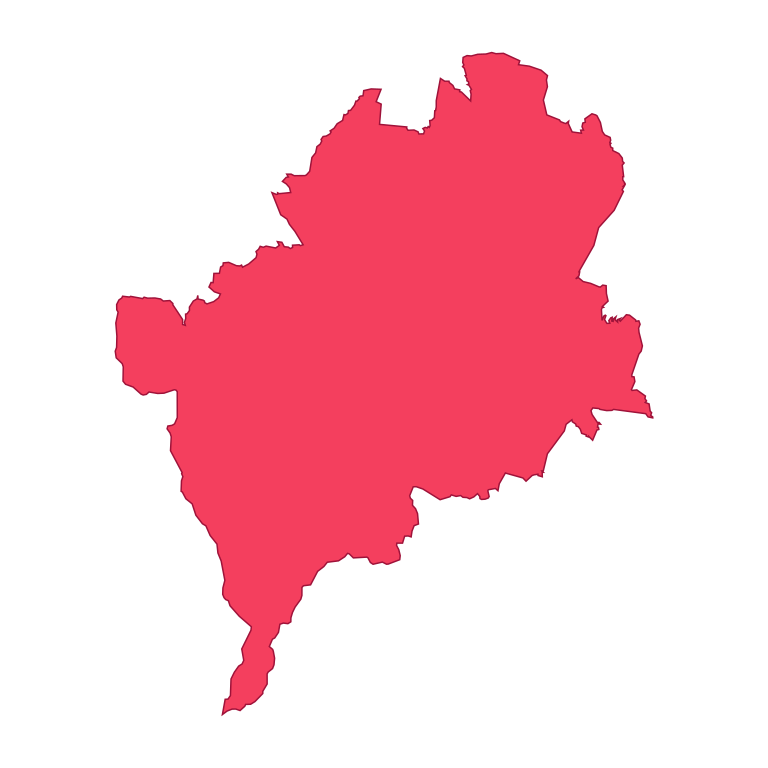 Zapotlanejo, Jalisco, Mexico, rotated 271°
{"feature_id": "50627088B58634544896561", "entity_name": "Zapotlanejo", "entity_type": "district", "adm_level": 2, "iso_a3": "MEX", "parent_name": "Mexico", "parent_adm1": "Jalisco", "projection": "mercator", "projection_center": [-103.045, 20.64], "detail": "fine", "context": "isolated", "style": "filled", "palette": "rose", "viewbox_px": 768, "rotation_deg": 271, "n_neighbors": 0, "source": "geoboundaries", "source_scale": "gbopen_adm2", "svg_char_len": 6150}
<svg xmlns="http://www.w3.org/2000/svg" viewBox="0 0 768 768"><g transform="rotate(271 384 384)"><path d="M467.2,121.1L465.4,120.3L463.4,117.5L458.8,115.3L453.5,115.5L451.2,116.9L440.3,114.8L427.1,116.1L415.9,116.0L412.1,114.7L405.5,115.8L399.8,121.9L396.6,123.0L382.3,123.0L379.2,125.6L376.6,133.2L369.6,141.3L368.8,143.4L369.5,146.6L371.9,149.2L370.6,157.9L371.0,164.2L374.6,174.4L374.3,176.1L372.8,177.4L346.8,177.9L340.5,175.3L339.0,172.9L338.2,168.6L335.4,167.9L331.2,171.0L327.5,172.2L313.6,171.7L291.9,183.7L290.9,183.2L287.9,184.5L283.7,183.2L273.2,183.0L272.4,184.3L265.8,187.9L260.8,194.3L249.5,198.2L241.1,204.9L239.1,208.4L229.5,212.8L221.0,219.8L212.1,220.9L204.2,224.3L184.9,228.3L177.3,226.5L170.9,226.4L167.6,227.8L165.7,229.5L164.6,232.2L159.6,233.9L149.3,243.3L139.0,255.6L135.5,255.3L116.6,246.4L105.2,248.6L101.6,247.0L99.4,243.6L93.2,239.4L86.4,236.2L69.8,235.9L66.2,233.5L66.0,230.7L50.7,228.2L54.3,232.9L56.3,237.8L56.4,241.5L55.0,245.8L59.4,250.5L61.2,251.2L61.5,256.3L64.2,260.5L72.4,268.2L74.7,268.2L82.0,272.4L92.1,272.2L94.0,273.2L97.5,277.5L101.3,278.9L107.9,279.4L114.8,278.0L116.7,277.3L119.5,273.9L126.9,276.9L128.2,279.2L133.8,282.8L142.0,284.1L143.2,287.6L142.7,292.1L144.6,295.0L148.6,295.0L154.0,296.5L159.4,299.0L167.4,304.6L171.2,305.6L179.2,305.5L180.9,307.0L181.9,314.1L195.5,320.9L200.5,327.1L204.8,330.4L206.4,341.6L210.6,347.8L214.0,350.5L213.6,352.2L209.6,356.4L210.6,369.8L210.1,370.9L205.3,373.5L203.6,376.2L205.9,385.5L203.9,389.6L204.0,391.3L208.6,402.8L212.7,403.2L218.5,401.7L222.8,399.4L225.1,399.6L225.2,405.3L232.2,407.3L232.5,410.8L231.6,413.8L237.5,414.6L242.9,416.6L244.6,420.9L255.0,419.8L259.9,417.7L263.2,414.6L268.1,414.7L270.2,412.4L272.7,411.6L281.7,415.0L281.9,418.0L279.7,424.7L269.3,442.1L272.5,452.0L274.3,453.2L272.9,458.1L273.8,462.6L272.1,464.9L271.9,468.9L270.7,471.6L272.7,475.8L276.0,479.4L273.3,481.7L271.1,482.0L270.3,483.5L270.6,487.1L271.8,490.2L273.3,491.1L279.1,489.7L280.1,490.2L281.5,497.2L279.3,499.8L286.3,501.0L297.1,506.9L292.5,524.5L289.3,527.7L295.1,533.7L295.8,535.6L296.5,539.5L295.2,539.6L294.0,543.9L298.5,543.7L298.5,544.8L299.8,543.4L300.0,544.8L317.1,548.6L340.2,565.1L346.9,566.8L351.5,572.5L349.5,573.0L347.3,576.4L345.3,576.9L344.7,579.1L342.1,581.1L338.1,582.5L336.6,587.2L335.4,587.0L334.6,589.4L335.3,589.5L331.4,593.6L341.7,597.7L342.3,599.6L344.4,599.2L344.6,598.2L347.8,598.7L347.6,601.2L349.3,599.8L349.3,598.0L357.1,592.6L361.0,591.4L363.7,593.2L363.2,599.4L362.4,600.3L361.3,607.1L361.6,612.3L362.6,614.0L358.9,646.2L355.7,648.6L354.8,653.3L355.7,653.3L357.3,651.2L359.9,652.1L361.6,650.6L368.7,649.4L370.1,645.5L371.7,646.8L374.0,645.1L376.5,645.6L382.5,636.9L381.9,632.1L382.7,631.5L390.8,634.8L395.5,633.9L395.7,631.7L397.5,631.6L418.3,638.3L421.4,640.6L426.6,641.7L440.0,638.1L444.3,637.6L448.2,639.0L451.6,637.7L451.1,634.8L452.4,634.5L457.1,628.3L457.5,625.1L450.9,619.2L452.0,618.1L453.7,619.4L452.4,616.2L450.0,616.5L452.3,613.8L455.2,614.7L453.0,612.1L450.6,612.0L450.9,610.6L454.7,611.0L454.1,609.6L451.3,607.7L448.7,608.7L448.5,605.8L452.3,603.4L456.2,604.7L456.7,604.0L455.8,602.6L451.4,600.9L462.3,600.1L464.0,600.7L464.5,602.2L465.3,601.0L470.8,606.6L478.3,604.8L486.2,604.4L486.7,601.0L484.7,598.6L484.9,597.2L488.2,588.9L489.9,581.3L493.8,576.5L492.5,573.8L495.5,577.0L499.5,577.7L499.6,577.0L501.7,578.0L526.2,591.4L544.1,595.9L561.7,611.1L580.7,620.0L582.3,618.7L586.1,620.8L586.1,620.0L587.6,621.6L588.3,621.1L588.9,622.1L588.7,621.5L592.2,619.2L595.4,619.1L595.5,620.0L607.0,618.4L609.2,620.2L610.7,618.7L614.1,618.3L618.5,614.8L621.4,608.6L623.8,608.6L624.7,606.7L627.5,605.8L629.0,607.1L628.5,605.9L629.2,605.5L631.7,606.4L634.5,605.8L636.9,600.3L640.3,597.9L649.3,595.8L655.9,592.3L656.7,591.0L657.8,587.2L652.6,580.2L649.2,580.7L648.4,578.2L644.7,577.5L641.4,579.0L641.2,576.2L638.2,577.0L639.3,567.7L647.7,563.7L649.9,564.0L647.6,561.3L648.0,559.7L649.4,556.0L651.1,554.8L655.9,542.1L670.7,538.4L684.1,542.2L690.8,541.1L695.2,542.1L700.5,535.6L704.3,523.8L705.6,512.9L709.5,514.1L716.7,497.7L716.2,490.2L717.3,485.9L715.7,480.2L715.3,472.0L713.5,465.5L713.8,461.3L711.9,457.4L706.8,457.1L704.4,458.3L702.7,457.0L701.1,458.8L694.1,460.9L693.7,459.7L690.6,461.6L688.6,461.6L687.8,463.1L685.5,463.6L684.8,462.2L684.2,463.7L680.1,466.3L678.9,465.1L675.4,466.0L668.5,465.7L677.3,456.3L677.6,454.5L679.4,454.7L680.3,449.4L683.7,447.7L686.6,444.0L687.9,443.7L687.8,439.4L690.5,435.1L668.2,431.3L661.8,431.4L658.3,430.8L658.1,430.0L651.1,429.7L648.5,427.0L648.2,425.1L643.2,425.6L641.4,424.8L642.2,423.7L640.8,422.8L641.3,420.7L640.1,418.4L637.7,420.1L634.8,419.2L634.6,414.5L636.7,413.7L638.5,409.6L638.1,403.6L640.2,402.1L641.4,402.3L643.5,375.0L663.8,376.3L666.1,371.2L678.6,375.9L678.8,366.0L677.0,358.6L671.8,358.0L671.4,355.2L670.1,353.9L668.8,354.4L666.3,352.0L666.4,351.0L662.2,349.6L657.0,345.8L656.8,343.7L653.9,343.2L652.4,340.8L652.7,339.3L646.8,338.0L643.4,332.6L638.8,329.6L636.1,325.7L635.1,326.7L633.1,325.6L630.9,321.9L630.4,318.8L627.4,316.8L625.8,317.5L622.7,316.0L620.2,312.8L613.9,311.6L609.3,308.0L595.4,306.0L591.7,302.8L591.0,301.4L590.7,290.6L592.2,287.5L592.1,283.1L589.3,284.8L588.9,282.6L584.8,278.9L582.3,282.9L578.7,286.1L573.8,287.4L572.5,276.0L573.3,274.3L571.9,274.4L571.7,273.0L573.4,268.6L551.4,277.8L547.2,284.1L541.9,286.7L535.0,292.3L521.8,300.7L520.9,297.9L521.7,296.9L521.2,290.1L518.9,290.2L517.8,287.9L519.2,285.9L519.5,281.9L523.9,279.4L524.5,274.9L520.8,276.9L518.1,273.3L519.8,263.7L518.6,260.9L519.5,257.8L516.6,256.3L514.2,253.7L511.6,254.7L508.1,253.9L501.6,246.6L498.3,240.5L500.4,239.5L499.5,237.7L499.7,234.4L502.9,226.6L502.3,221.2L499.5,220.9L498.1,218.6L491.8,217.5L491.6,212.0L482.4,211.4L482.5,209.3L477.9,207.3L473.2,212.8L471.2,218.9L467.3,217.2L463.4,212.3L461.0,205.6L462.2,203.3L463.8,203.0L464.7,201.6L465.7,196.6L469.3,196.3L465.8,195.5L463.6,191.9L457.5,188.1L454.1,188.2L450.8,185.9L450.4,184.4L446.0,184.6L442.2,183.4L439.2,184.3L440.0,181.6L445.0,181.5L459.5,171.5L460.8,171.5L463.7,168.4L463.1,161.9L465.1,159.2L466.0,153.4L465.7,146.2L466.6,142.6L465.2,141.2L467.2,129.1L466.5,128.0L467.2,121.1Z" fill="#f43f5e" stroke="#9f1239" stroke-width="1.5"/></g></svg>